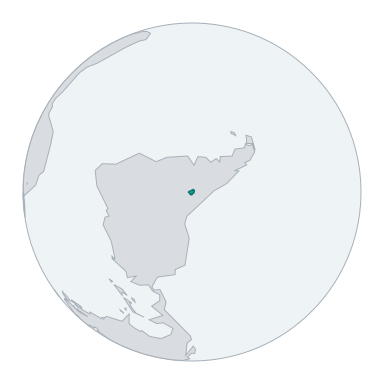 Tucumán on an orthographic globe, rotated 224°
{"feature_id": "ARG-1305", "entity_name": "Tucumán", "entity_type": "Province", "adm_level": 1, "iso_a3": "ARG", "parent_name": "Argentina", "parent_adm1": "", "projection": "orthographic", "projection_center": [-65.419, -27.064], "detail": "fine", "context": "on_globe", "style": "filled", "palette": "teal", "viewbox_px": 384, "rotation_deg": 224, "n_neighbors": 0, "source": "natural_earth", "source_scale": "10m", "svg_char_len": 4213}
<svg xmlns="http://www.w3.org/2000/svg" viewBox="0 0 384 384"><g transform="rotate(224 192 192)"><circle cx="192" cy="192" r="169" fill="#eef3f6" stroke="#a8b0b8"/><path d="M150.5,28.2L149.4,28.5L150.5,28.4L164.0,26.5L163.0,27.4L165.5,28.1L168.6,27.0L167.7,26.2L174.0,24.9L172.2,24.5L174.5,24.1L174.8,23.9L180.6,23.4L186.1,23.2L186.1,23.5L188.5,23.6L193.2,23.2L197.9,24.2L209.0,26.1L209.5,26.7L202.1,27.4L190.2,27.2L180.5,29.9L192.7,27.8L193.9,30.2L196.6,30.6L200.0,30.6L201.8,29.7L203.5,30.7L192.1,32.6L190.4,31.7L194.1,31.0L188.4,31.2L180.8,33.3L182.0,34.8L169.1,37.9L169.8,39.1L167.4,40.8L167.2,38.5L167.4,43.0L152.5,50.4L152.5,60.7L146.0,53.7L139.8,54.0L132.2,55.8L132.0,57.4L122.1,58.7L112.6,64.9L108.2,74.6L110.9,80.7L121.9,77.9L125.7,73.0L134.1,70.3L127.2,83.0L141.7,81.8L139.7,91.4L143.8,95.8L151.3,93.4L158.9,94.9L164.7,88.7L173.8,85.0L173.8,92.8L179.0,85.4L184.0,89.0L202.2,88.6L200.8,90.4L216.2,100.7L233.1,106.6L237.0,113.4L234.9,117.1L240.8,119.0L240.9,121.7L264.5,130.2L276.6,140.2L276.2,150.0L266.1,159.1L256.9,183.3L238.8,188.9L234.2,199.5L220.1,214.9L209.1,212.6L212.3,221.6L206.2,226.5L199.1,226.5L197.9,232.8L192.7,232.9L196.3,237.2L188.1,245.6L190.9,252.7L185.1,259.9L187.1,264.2L184.7,264.1L182.4,265.8L182.3,268.3L174.9,264.6L172.3,255.0L174.5,250.0L171.4,249.5L176.1,237.1L172.9,239.7L172.9,222.2L177.0,208.1L178.8,170.8L175.0,163.9L162.0,156.9L146.2,134.5L150.2,124.6L146.8,120.7L157.8,106.8L155.1,96.0L151.2,95.0L147.3,99.6L134.4,95.0L130.2,88.1L93.1,87.3L89.8,85.4L90.6,79.9L83.0,70.2L84.1,81.9L80.2,81.2L78.0,77.9L80.4,75.5L80.6,70.2L77.8,70.4L81.6,64.4L89.6,57.6L100.8,49.8L112.5,42.9L124.8,37.0L137.5,32.1L150.5,28.2ZM151.3,64.7L167.9,68.6L158.0,70.3L160.0,69.0L155.9,67.1L148.0,66.0L139.5,68.7L151.3,64.7ZM159.6,57.5L156.6,57.5L159.5,57.1L159.6,57.5ZM171.6,24.3L173.1,24.1L172.3,24.2L171.6,24.3ZM187.5,272.8L175.6,266.1L182.2,269.0L186.2,265.0L192.6,270.4L187.5,272.8ZM199.7,263.0L204.7,261.2L206.0,262.5L202.9,264.0L199.7,263.0ZM310.8,71.8L313.0,74.4L310.5,72.6L304.7,67.8L294.4,57.9L298.6,60.9L310.8,71.8ZM348.5,255.6L343.4,266.7L342.7,266.9L339.4,272.6L336.0,276.1L332.1,277.3L331.0,269.6L334.9,263.7L340.4,249.4L349.7,218.7L354.2,209.1L355.8,199.4L354.6,174.0L355.1,164.3L353.8,158.3L351.6,156.3L349.6,149.1L347.8,147.1L334.0,139.3L327.2,128.9L313.0,103.8L313.7,97.6L309.3,88.6L310.1,72.4L315.3,77.1L318.4,79.9L326.4,89.6L333.6,99.8L340.0,110.5L345.7,121.7L350.4,133.3L354.3,145.2L357.4,157.3L359.5,169.7L360.7,182.1L360.9,194.6L360.3,207.1L358.7,219.6L356.2,231.8L352.8,243.9L348.5,255.6ZM315.8,82.5L317.1,84.8L315.8,82.5ZM202.8,88.5L205.0,90.1L202.1,90.1L202.8,88.5ZM156.5,73.3L160.1,73.0L161.9,73.9L159.1,74.6L156.5,73.3ZM187.3,71.3L191.5,71.9L187.0,72.5L187.3,71.3ZM170.5,69.1L183.9,71.2L175.2,73.6L166.8,72.6L172.7,71.5L170.5,69.1ZM157.5,61.3L159.7,61.5L158.9,62.7L157.5,61.3ZM161.7,57.3L160.8,57.5L159.8,56.7L161.7,57.3ZM194.6,30.0L195.6,29.9L198.9,30.1L197.2,30.4L194.6,30.0ZM214.6,29.4L216.8,31.0L214.0,29.9L212.1,30.4L203.8,29.1L209.4,27.0L208.3,28.0L214.6,29.4ZM194.4,27.4L199.0,28.0L193.7,27.4L194.4,27.4ZM189.1,23.1L191.0,23.1L187.4,23.1L189.1,23.1ZM222.9,25.9L223.6,26.0L216.3,24.8L213.6,24.4L222.9,25.9Z" fill="#d9dde1" stroke="#a8b0b8" stroke-width="1"/><path d="M191.4,189.1L191.5,189.1L191.9,189.2L192.0,189.2L192.3,189.1L192.4,189.3L192.9,189.6L193.0,189.6L193.3,189.7L193.5,189.6L193.9,189.5L194.5,189.5L194.5,189.8L194.4,190.1L194.4,190.5L194.4,190.8L194.2,190.9L194.1,191.2L193.9,191.3L193.8,191.8L193.7,191.9L193.7,192.0L193.6,192.3L193.5,192.5L193.4,192.7L193.4,192.8L193.1,193.0L192.9,193.2L193.0,193.2L193.0,193.3L193.1,193.5L192.9,193.5L193.0,193.9L193.1,194.1L192.9,194.4L192.9,194.5L192.7,194.5L192.4,194.5L192.3,194.4L192.2,194.4L192.0,194.5L191.9,194.6L191.7,194.8L191.4,194.6L191.3,194.3L191.3,194.2L191.2,194.2L190.9,194.2L190.8,193.9L190.7,193.8L190.7,193.7L190.5,193.1L190.4,193.0L190.2,192.8L190.0,192.7L190.2,192.4L190.3,192.3L190.3,192.2L190.5,191.9L190.8,191.6L190.8,191.3L190.9,191.1L190.8,190.9L190.7,190.9L190.5,190.7L190.4,190.6L190.2,190.6L190.1,190.4L190.1,190.2L190.2,189.9L190.3,189.7L191.1,189.7L191.2,189.8L191.2,189.7L191.3,189.7L191.3,189.4L191.3,189.2L191.4,189.1Z" fill="#14b8a6" stroke="#0f766e" stroke-width="1.5"/></g></svg>